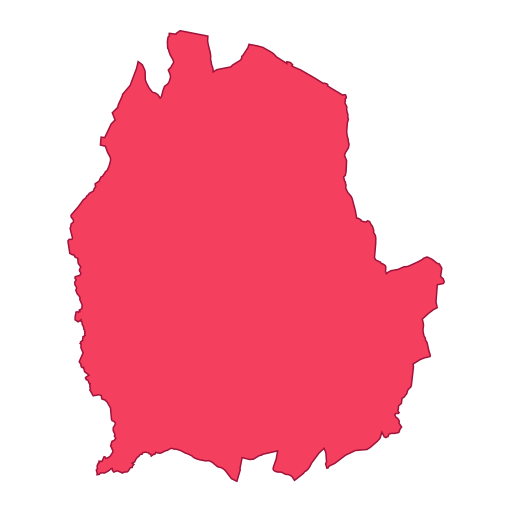 Adaklu, Volta, Ghana (Robinson projection)
{"feature_id": "2480657B20696154785284", "entity_name": "Adaklu", "entity_type": "district", "adm_level": 2, "iso_a3": "GHA", "parent_name": "Ghana", "parent_adm1": "Volta", "projection": "robinson", "projection_center": [0.49, 6.441], "detail": "fine", "context": "isolated", "style": "filled", "palette": "rose", "viewbox_px": 512, "rotation_deg": 0, "n_neighbors": 0, "source": "geoboundaries", "source_scale": "gbopen_adm2", "svg_char_len": 5920}
<svg xmlns="http://www.w3.org/2000/svg" viewBox="0 0 512 512"><path d="M286.8,61.8L286.9,63.5L276.6,57.0L273.7,53.9L272.0,52.6L262.9,47.4L257.8,46.0L249.0,44.3L248.0,47.6L242.9,55.4L241.8,56.3L241.4,59.0L240.1,60.4L232.5,65.1L230.8,66.9L217.0,69.6L213.1,71.9L213.0,68.8L211.5,64.3L211.1,61.3L210.6,59.9L210.7,55.8L210.2,52.4L208.3,44.9L207.6,40.9L207.9,36.1L180.1,30.7L176.2,33.4L176.0,34.2L169.3,33.3L169.1,34.2L169.4,35.8L168.1,37.0L167.6,39.7L167.4,42.0L167.7,48.4L168.5,49.3L169.0,51.6L170.3,55.1L172.8,59.4L173.5,61.5L173.6,62.6L171.5,66.0L171.0,67.3L169.9,68.2L168.3,70.0L170.1,74.4L170.5,76.6L170.3,78.2L169.1,81.8L167.8,83.9L164.7,86.2L164.4,86.7L163.1,90.2L161.4,96.6L160.1,98.0L158.1,94.9L155.6,93.1L152.4,92.2L149.2,88.1L146.3,82.6L145.3,79.7L145.1,71.6L144.7,69.9L142.3,64.7L138.1,61.6L136.6,68.3L130.1,85.5L122.6,94.3L122.3,95.9L118.4,104.5L117.7,107.4L112.3,112.8L115.1,120.0L111.3,123.8L104.7,137.6L101.1,137.1L100.4,145.0L105.4,146.3L107.5,152.2L110.1,157.0L110.6,159.0L110.4,161.2L109.1,166.0L107.2,170.3L105.2,172.0L104.7,173.4L103.4,174.8L102.8,176.1L100.9,177.1L99.0,181.2L95.1,183.8L95.3,185.7L95.7,186.7L94.2,188.6L93.4,191.1L89.3,193.3L88.0,195.2L86.9,195.9L85.6,198.1L83.5,199.6L78.5,206.5L71.0,215.2L71.2,217.2L73.0,219.3L73.5,220.9L73.3,222.1L71.1,224.0L70.8,226.4L70.1,228.4L72.5,238.1L72.2,238.9L71.6,239.4L69.2,239.3L67.9,241.0L69.8,253.4L72.5,254.8L74.0,254.9L74.9,257.0L77.7,258.3L78.2,263.3L79.5,265.3L80.8,266.7L79.4,270.0L79.6,271.1L80.7,272.7L80.7,274.1L79.7,275.4L75.2,276.7L75.0,278.5L75.8,279.0L76.1,279.9L74.7,282.3L75.0,284.9L76.3,286.9L76.6,288.3L75.8,290.3L77.2,293.8L78.6,295.4L80.0,297.5L79.8,299.5L82.3,305.3L81.8,307.0L82.1,307.8L81.6,308.8L79.3,310.0L79.2,310.2L79.9,310.7L79.8,311.6L79.2,311.6L78.4,312.3L77.5,311.8L76.1,312.0L75.1,317.0L75.1,319.8L78.2,321.9L81.0,319.8L80.9,321.2L81.9,321.7L82.3,324.6L83.5,326.8L83.8,329.0L84.9,331.1L84.6,331.7L85.1,332.5L84.6,333.7L85.1,335.4L84.3,335.7L84.1,336.6L83.0,336.6L82.6,340.4L82.1,340.5L81.6,341.4L80.5,341.9L80.8,343.3L80.2,343.5L81.1,344.6L80.9,347.7L83.1,352.8L79.2,361.8L81.1,364.5L80.9,365.7L81.5,367.1L82.3,367.7L83.5,367.3L84.6,371.7L89.0,375.2L86.1,377.0L85.4,377.9L86.1,378.5L86.1,379.6L87.9,380.2L89.1,383.2L90.0,383.6L89.6,384.2L90.0,384.9L89.8,386.7L90.4,388.7L89.8,389.8L93.2,395.8L98.7,394.8L100.3,395.1L101.4,395.7L101.5,397.8L102.0,399.1L103.6,399.4L104.1,399.9L105.0,399.9L106.1,401.2L107.0,401.8L110.5,408.0L111.5,419.4L112.2,420.7L113.9,421.3L115.3,423.1L115.3,424.1L113.2,427.9L113.2,430.7L114.9,434.4L114.7,435.4L114.4,435.7L114.5,436.3L115.8,438.2L114.0,440.6L112.2,441.1L111.3,443.2L111.3,444.4L110.6,445.4L110.7,446.2L111.8,448.0L111.9,448.9L113.0,450.8L112.7,452.3L110.1,456.3L106.6,458.4L105.7,458.3L105.4,457.2L104.1,456.7L102.0,461.3L99.0,461.2L99.4,462.6L98.5,462.8L97.2,465.5L97.2,467.7L97.5,468.6L96.3,470.0L97.2,473.4L97.0,474.7L99.2,474.4L99.7,473.7L100.9,472.9L104.7,473.0L108.5,470.9L111.2,468.6L112.2,468.5L112.3,470.1L113.7,472.1L117.3,470.8L122.6,473.1L123.7,472.2L127.4,471.8L128.8,470.4L129.8,468.3L131.2,467.5L131.9,467.6L132.4,467.2L132.4,466.1L133.9,464.4L132.1,463.2L134.7,461.9L135.5,459.9L137.3,457.2L138.5,456.7L140.3,454.4L142.2,454.1L142.6,452.8L145.2,452.1L148.5,452.8L149.3,453.8L150.8,454.3L151.2,456.1L153.5,454.4L154.8,454.3L155.8,452.4L158.1,453.1L159.2,452.9L159.9,453.3L162.0,452.6L164.7,451.1L167.4,450.3L170.6,448.5L171.9,448.4L174.5,449.2L176.0,449.1L180.8,450.6L185.2,453.0L187.7,453.8L191.8,455.8L193.8,457.6L196.4,458.8L199.8,459.8L205.6,460.9L208.3,460.7L210.2,461.1L212.9,462.8L217.5,466.7L221.3,467.7L223.3,468.8L225.3,470.6L231.5,478.7L236.9,481.3L240.2,470.0L240.0,468.4L242.1,457.6L249.6,459.5L253.4,459.2L259.1,455.7L261.7,455.1L262.6,454.3L277.6,450.9L276.2,459.1L273.2,467.6L273.2,469.6L274.4,470.9L275.9,471.6L277.3,472.0L281.6,472.2L285.4,474.3L288.5,474.6L290.4,475.4L292.2,476.8L294.5,480.4L303.3,473.5L304.9,471.4L306.0,471.0L308.1,469.1L310.0,466.2L311.6,463.0L319.1,452.9L324.1,448.3L325.9,452.9L326.5,461.9L325.6,463.9L326.9,468.2L328.1,467.9L329.1,466.1L334.9,463.3L345.5,455.2L355.4,450.5L367.0,449.5L370.4,447.3L377.4,441.2L380.0,438.3L381.9,432.2L384.3,436.9L386.0,437.6L387.3,436.7L387.9,436.7L389.0,434.1L391.3,433.4L394.6,433.4L398.8,432.5L400.0,429.2L401.6,427.0L399.0,423.1L399.3,421.1L398.1,418.9L395.7,416.9L394.7,414.9L395.7,413.5L398.5,413.4L399.1,412.6L398.5,411.9L397.8,410.2L398.4,409.0L398.5,405.9L401.4,403.4L402.1,398.1L403.8,397.4L406.8,393.6L407.4,391.1L408.2,389.5L410.6,387.2L411.3,385.9L413.5,366.7L413.0,364.1L419.9,359.7L424.0,358.0L430.1,356.5L430.3,355.3L428.8,350.5L427.1,342.7L425.5,340.0L425.3,338.1L423.9,335.7L423.0,331.1L423.1,328.1L423.5,326.4L423.4,323.8L422.3,319.1L428.6,313.3L433.8,309.4L437.2,307.7L436.0,302.0L437.3,284.8L443.3,283.5L444.0,282.6L444.1,281.4L443.1,278.7L440.6,276.5L441.8,268.2L439.3,263.9L437.3,263.4L432.1,259.3L427.5,257.1L426.5,257.1L423.4,258.4L421.9,259.8L416.8,262.4L410.0,265.5L407.5,266.5L403.9,266.8L398.1,269.4L391.0,270.7L388.1,272.2L386.3,273.7L385.6,271.4L385.8,266.7L385.2,265.5L383.0,264.0L381.2,263.4L380.4,262.1L376.3,260.3L375.4,259.4L374.5,257.5L375.7,243.8L375.8,238.1L375.3,235.3L373.6,232.5L373.7,230.3L372.4,226.2L371.1,224.6L369.5,221.5L367.5,220.8L366.1,222.1L361.1,221.0L361.0,219.9L358.3,218.3L356.7,218.2L355.3,210.4L352.1,198.4L351.0,196.2L347.8,192.5L345.7,188.1L346.0,184.8L345.5,183.6L345.4,182.2L344.5,180.7L343.8,177.7L343.7,176.7L345.3,175.5L346.1,171.2L346.6,160.7L344.5,155.2L345.6,152.3L348.4,148.0L349.1,144.0L348.4,142.2L348.2,139.4L347.2,136.1L346.7,131.6L347.3,123.3L348.4,119.1L347.9,117.9L347.8,113.9L347.2,112.6L346.6,108.9L346.9,107.0L344.9,102.9L345.4,100.7L345.2,98.9L346.3,97.9L346.2,96.4L345.4,94.8L343.9,94.7L342.8,95.2L330.3,87.7L327.7,86.0L327.8,84.8L326.9,83.9L324.1,83.1L323.4,83.5L314.4,77.9L300.4,69.8L293.5,66.9L291.8,65.9L292.6,64.8L291.2,63.2L289.9,62.3L286.8,61.8Z" fill="#f43f5e" stroke="#9f1239" stroke-width="1.5"/></svg>